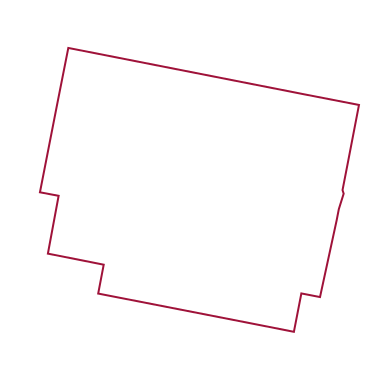 Morris, Kansas, United States of America, rotated 191°
{"feature_id": "52423323B46271330611331", "entity_name": "Morris", "entity_type": "district", "adm_level": 2, "iso_a3": "USA", "parent_name": "United States of America", "parent_adm1": "Kansas", "projection": "equal_earth", "projection_center": [-96.703, 38.696], "detail": "fine", "context": "isolated", "style": "outline", "palette": "rose", "viewbox_px": 384, "rotation_deg": 191, "n_neighbors": 0, "source": "geoboundaries", "source_scale": "gbopen_adm2", "svg_char_len": 393}
<svg xmlns="http://www.w3.org/2000/svg" viewBox="0 0 384 384"><g transform="rotate(191 192 192)"><path d="M341.2,162.7L322.2,162.8L321.7,104.0L264.8,103.8L264.7,74.4L103.5,74.3L65.3,74.2L65.3,113.3L46.3,113.3L44.6,191.8L44.6,203.2L42.8,219.3L44.6,222.6L44.6,230.8L44.6,250.4L44.7,309.3L101.5,309.3L340.9,309.8L341.1,250.8L341.2,162.7Z" fill="none" stroke="#9f1239" stroke-width="2"/></g></svg>